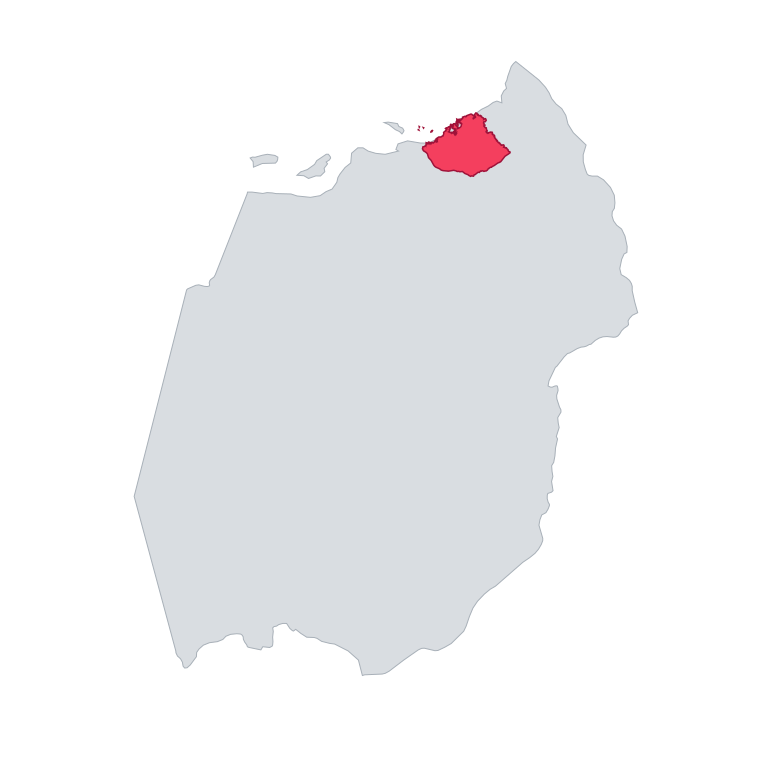 Kilwa, Lindi, United Republic of Tanzania (highlighted), rotated 256°
{"feature_id": "72390352B7880721655308", "entity_name": "Kilwa", "entity_type": "district", "adm_level": 2, "iso_a3": "TZA", "parent_name": "United Republic of Tanzania", "parent_adm1": "Lindi", "projection": "albers", "projection_center": [39.276, -9.089], "detail": "fine", "context": "in_parent", "style": "filled", "palette": "rose", "viewbox_px": 768, "rotation_deg": 256, "n_neighbors": 0, "source": "geoboundaries", "source_scale": "gbopen_adm2", "svg_char_len": 9698}
<svg xmlns="http://www.w3.org/2000/svg" viewBox="0 0 768 768"><g transform="rotate(256 384 384)"><path d="M288.7,539.1L280.5,535.0L273.0,532.5L266.9,529.7L264.2,526.9L258.5,525.9L253.5,525.5L248.9,523.0L239.6,522.2L238.5,520.4L238.2,516.5L236.6,515.5L233.2,514.6L229.5,514.7L227.3,515.4L226.0,515.1L222.9,512.9L220.0,510.0L218.8,505.4L214.5,502.4L209.5,500.2L195.8,500.7L193.6,500.1L190.3,497.8L186.4,494.0L183.2,489.6L180.4,483.6L177.4,475.5L160.9,443.3L159.1,437.2L155.8,430.4L150.6,422.2L145.1,416.1L137.7,410.6L129.3,405.2L124.8,401.5L115.9,386.4L113.9,379.3L112.4,371.9L112.9,368.9L117.9,359.2L118.4,356.5L117.7,352.9L114.8,345.3L111.3,336.2L104.1,319.5L103.0,315.3L103.0,312.1L106.5,294.9L106.4,292.5L122.3,292.4L133.7,284.6L143.6,273.2L145.5,268.5L149.4,261.2L153.4,257.5L154.9,255.0L157.0,247.8L162.2,242.9L167.3,239.0L166.2,236.4L166.9,235.4L169.7,233.5L175.2,231.6L176.2,227.8L176.0,223.6L175.1,221.2L175.2,218.5L174.3,217.0L170.7,216.7L165.3,214.7L160.8,213.9L157.7,212.8L156.6,211.9L156.0,209.3L158.4,202.8L155.8,200.2L161.1,189.2L162.1,187.9L164.1,187.7L167.3,186.4L170.3,185.8L172.7,186.2L174.5,185.7L176.0,184.5L177.3,180.8L178.2,174.6L177.5,169.6L175.1,165.8L174.3,160.0L175.2,152.1L174.3,145.5L171.6,140.4L168.9,137.3L164.8,136.0L158.3,128.1L156.3,124.3L156.6,121.9L158.8,120.8L162.8,121.1L166.6,120.1L170.0,117.8L173.5,117.1L175.3,117.4L335.4,114.4L523.0,215.2L523.8,216.4L525.3,225.3L525.0,228.3L522.2,233.4L521.3,236.1L521.3,237.9L522.0,238.7L524.5,238.9L526.5,240.1L527.3,241.1L528.9,244.9L530.9,246.8L601.6,297.2L603.2,298.0L602.2,302.2L598.2,312.5L598.0,316.8L596.4,321.9L594.9,325.2L590.9,339.7L587.5,345.1L582.9,357.8L582.2,367.6L584.7,374.4L585.7,380.8L591.1,387.0L595.4,389.2L598.4,392.1L603.5,398.6L606.5,405.2L615.8,408.4L619.5,415.8L618.2,420.8L613.8,425.0L609.8,431.8L606.6,440.7L606.5,454.4L608.7,452.3L613.6,455.7L614.2,465.7L609.1,477.4L607.6,482.9L607.3,487.6L611.0,501.6L616.6,508.7L616.1,511.0L614.7,512.9L624.2,525.5L623.4,536.5L626.9,545.0L628.5,552.4L630.8,558.1L631.2,562.0L628.3,566.4L635.2,567.5L639.3,571.0L641.2,574.4L646.2,574.3L648.9,576.6L652.7,578.6L661.3,584.3L663.6,587.2L665.0,589.9L641.4,607.9L632.8,612.5L626.7,614.6L620.2,615.8L614.0,618.7L608.2,623.1L600.7,625.4L591.6,625.4L582.0,628.5L567.0,637.9L558.2,632.7L551.3,631.1L543.4,631.3L538.6,631.9L536.9,633.1L535.4,636.2L534.1,641.4L529.0,646.4L519.9,651.3L511.5,653.1L503.9,651.9L498.7,650.0L496.0,647.2L492.0,645.9L486.7,646.2L481.7,648.2L476.9,652.0L469.2,653.6L458.6,653.2L452.9,651.5L452.1,648.4L447.5,644.8L439.0,640.7L432.7,640.6L428.7,644.7L425.1,647.3L421.8,648.3L418.8,648.5L414.5,647.4L402.9,647.1L391.8,647.4L390.6,641.6L388.3,638.1L386.2,636.1L382.4,635.6L381.3,634.0L380.0,630.4L378.1,627.3L375.6,624.8L374.0,622.5L373.5,620.3L373.9,617.9L376.1,611.9L376.8,607.9L376.5,603.7L375.2,599.5L372.5,594.4L372.7,592.9L371.8,589.5L371.7,587.1L372.1,584.0L371.6,580.0L369.2,571.6L369.2,569.4L366.7,565.3L359.2,555.7L358.8,554.4L347.1,544.8L342.4,542.7L340.8,544.6L340.2,546.3L340.7,549.4L340.5,551.0L340.0,551.7L337.2,551.6L335.5,551.3L331.1,548.7L327.7,548.1L319.2,548.7L316.2,549.4L313.9,548.9L309.3,544.4L304.0,543.6L299.3,543.4L291.4,538.5L288.7,539.1ZM617.0,372.8L620.9,383.6L620.4,385.6L617.7,386.8L616.2,386.9L614.6,385.2L613.4,381.6L611.3,382.5L607.8,378.1L604.3,377.9L601.2,372.7L602.4,368.2L601.7,360.5L605.5,356.6L607.6,350.0L610.0,354.5L610.6,361.5L613.9,369.8L617.0,372.8ZM635.7,308.8L636.0,311.3L635.2,313.7L635.4,321.4L635.1,326.4L632.2,333.4L629.8,335.9L627.7,335.2L626.0,334.1L624.6,332.1L627.4,319.3L626.0,309.8L631.4,310.8L635.7,308.8ZM627.7,464.0L625.0,464.7L624.0,464.0L622.3,461.9L625.2,460.1L628.0,456.6L634.5,451.5L637.6,447.4L637.1,451.4L633.4,460.1L630.3,460.7L627.7,464.0Z" fill="#d9dde1" stroke="#a8b0b8" stroke-width="1"/><path d="M604.4,478.5L604.4,478.8L604.2,478.9L602.9,478.2L602.6,478.4L601.4,478.5L600.5,478.9L600.0,479.5L598.3,481.0L596.8,481.8L592.8,482.0L589.6,483.8L584.3,485.2L582.9,485.9L581.9,486.7L579.2,490.2L578.6,490.5L577.7,491.3L576.8,492.8L574.9,498.1L574.5,503.3L573.4,505.4L572.5,506.4L572.2,508.1L571.6,508.9L571.2,511.5L568.7,513.4L566.8,516.1L565.8,516.8L564.5,518.3L564.8,519.1L564.0,521.1L564.2,521.4L565.2,522.1L565.1,523.0L566.7,526.5L566.2,527.7L567.3,529.2L566.9,530.1L567.2,530.8L566.9,531.2L566.7,531.8L566.2,532.2L566.1,532.5L566.2,533.3L566.0,534.8L566.6,536.2L567.3,536.8L567.6,537.4L567.6,537.9L568.2,538.4L568.5,540.2L568.3,540.8L568.8,541.5L569.3,543.8L570.9,547.9L571.1,550.1L571.5,550.5L571.5,551.1L575.7,556.5L577.1,560.5L577.9,562.3L579.0,562.3L579.4,561.3L580.1,561.0L580.7,561.0L581.1,560.8L581.5,561.0L582.5,560.1L582.9,560.2L583.2,559.8L583.7,559.8L583.9,559.3L583.7,558.8L584.0,558.5L584.7,558.3L584.8,557.5L585.4,558.0L585.7,557.9L586.3,558.2L586.5,558.0L587.0,558.0L587.2,557.6L587.0,557.3L587.3,556.8L587.3,556.4L587.1,556.0L587.3,555.5L587.7,555.3L588.1,555.4L588.7,554.7L589.4,554.8L589.7,554.2L590.4,554.1L590.4,553.7L590.6,553.7L590.8,553.2L592.4,552.8L592.6,552.1L592.9,552.1L593.0,552.6L593.6,552.2L594.1,552.3L594.3,551.6L595.2,551.4L595.6,551.5L595.8,551.1L596.2,550.8L597.0,551.1L597.5,550.8L597.8,551.4L598.3,551.3L599.0,551.0L599.2,550.3L599.7,550.1L599.6,549.9L600.1,549.5L600.5,549.6L600.6,549.9L600.9,550.0L602.1,549.9L602.3,549.5L602.1,549.1L602.6,548.5L602.4,548.2L602.7,547.8L602.4,546.4L602.6,546.1L602.3,545.8L602.6,545.6L602.3,545.3L602.6,545.1L602.9,544.5L603.5,544.2L604.3,544.2L604.3,545.0L604.9,545.4L605.3,545.0L606.5,545.2L607.2,545.0L607.8,545.2L608.0,544.5L608.3,544.2L608.6,544.3L609.0,543.8L610.2,543.3L610.5,543.7L610.5,544.3L610.8,544.2L611.0,544.4L611.3,543.9L611.8,543.8L612.5,544.1L613.1,543.7L614.2,544.2L614.0,545.7L615.1,547.0L616.4,546.9L616.9,546.7L617.0,546.4L616.7,545.7L616.9,545.2L616.7,544.7L617.6,545.0L618.4,544.5L618.6,543.9L619.0,543.8L619.3,543.4L620.0,543.4L620.1,542.9L620.8,543.0L621.3,542.4L621.0,542.2L621.3,541.7L621.3,541.1L621.8,540.6L622.5,540.6L622.4,540.3L622.7,540.0L622.6,539.8L623.0,539.7L623.1,540.0L624.1,539.7L624.8,538.7L623.4,536.9L622.1,536.9L621.5,537.4L620.6,537.3L620.3,536.3L620.9,536.1L619.7,535.0L619.9,534.7L620.4,534.8L620.5,535.3L621.2,536.0L622.2,536.3L623.4,535.0L624.4,534.5L624.9,533.7L624.4,529.2L623.8,528.8L623.5,528.1L623.9,527.9L624.2,527.5L623.9,524.9L623.2,525.0L622.8,524.0L622.5,523.7L622.3,523.9L622.1,523.7L622.1,524.0L622.1,523.5L621.2,522.0L621.0,521.1L620.3,520.5L619.6,520.2L619.2,521.1L618.3,521.0L618.4,521.5L618.8,521.7L617.7,522.4L615.2,521.0L614.5,519.9L614.1,518.3L614.0,517.0L614.7,517.2L614.8,517.5L615.3,517.9L615.8,517.5L616.9,517.4L616.7,516.9L617.6,516.3L618.6,516.2L619.0,516.5L619.1,516.3L619.7,515.0L619.7,514.5L618.8,514.2L619.2,513.2L619.0,512.9L618.5,512.7L618.1,513.3L617.5,513.5L616.1,512.8L615.8,512.5L615.4,512.5L615.4,512.9L614.6,513.5L614.7,513.9L614.3,514.0L614.4,514.7L614.1,515.0L614.0,514.0L613.8,514.1L613.6,513.9L612.9,514.1L612.5,515.0L611.8,514.6L612.3,513.7L611.7,513.5L612.2,512.9L612.1,512.4L611.8,512.4L611.9,512.7L611.8,512.9L611.4,512.6L611.1,512.9L610.8,512.9L610.9,513.4L610.6,513.5L610.8,514.0L610.6,514.1L610.8,514.3L610.5,514.4L610.4,514.9L610.5,515.2L610.1,515.0L610.2,514.8L610.0,514.6L609.6,514.8L609.6,514.5L609.3,514.4L609.7,514.2L609.3,514.2L609.6,513.7L609.3,513.5L609.6,513.5L609.7,513.1L609.4,513.0L609.6,513.2L608.9,513.7L608.8,513.4L608.5,513.3L608.7,512.9L609.2,512.9L610.9,512.2L610.9,511.2L611.3,511.2L611.8,510.5L611.2,510.0L611.8,509.8L611.9,509.2L612.5,508.4L612.4,509.2L612.6,508.8L613.3,508.3L613.4,508.6L613.8,508.9L615.0,508.9L615.0,509.6L615.8,509.6L616.4,510.7L616.7,510.5L616.6,510.8L617.0,510.8L617.2,511.6L617.5,511.9L617.3,512.3L617.7,512.7L618.0,511.9L618.6,512.1L619.8,511.7L619.5,511.2L618.3,510.7L617.9,510.2L617.7,509.7L617.9,509.7L617.9,508.6L617.2,507.8L617.1,507.1L617.3,507.1L617.5,506.5L617.0,506.5L616.9,505.6L615.8,506.4L615.2,505.2L614.7,505.3L614.6,505.1L614.4,504.0L613.7,502.7L612.5,502.6L610.4,501.3L610.5,500.6L610.1,500.0L609.9,498.8L610.4,496.8L609.6,494.6L609.3,495.1L609.2,495.0L608.5,493.4L607.9,493.1L607.7,493.2L607.8,492.8L607.7,492.8L607.6,492.5L606.8,493.6L607.1,494.2L606.8,494.0L606.6,494.4L606.3,494.4L606.4,493.8L606.1,493.7L606.1,493.3L606.5,493.1L607.0,492.0L606.9,491.7L606.6,491.5L606.4,491.0L606.7,489.6L606.6,489.2L606.4,489.3L606.5,489.1L606.3,489.1L606.2,488.2L605.9,487.9L606.2,487.9L606.3,487.7L606.5,487.9L606.5,488.2L606.9,488.1L606.8,487.2L607.5,486.7L607.8,486.1L607.1,486.2L607.5,486.4L607.3,486.7L607.3,486.4L607.0,486.3L606.5,487.2L606.3,486.8L606.0,486.9L606.4,485.7L606.6,485.7L606.7,486.1L607.2,486.0L607.5,486.1L607.6,485.7L607.2,485.4L607.3,485.8L607.0,486.0L606.8,485.3L606.6,485.3L606.5,485.6L606.3,485.2L606.6,484.9L607.3,485.1L607.3,484.6L607.9,483.4L607.2,483.5L607.3,483.7L607.1,484.0L607.4,484.1L606.9,484.8L606.7,484.8L606.6,483.8L605.9,483.0L606.0,482.9L605.7,482.9L605.3,482.4L605.5,482.3L605.8,482.7L605.6,482.2L605.2,482.1L605.4,482.0L605.3,481.7L604.7,481.0L604.6,480.5L604.7,479.2L604.4,478.5ZM620.5,517.5L619.7,517.2L619.8,517.4L619.5,517.6L620.2,518.4L619.6,518.5L619.8,519.3L620.4,519.4L620.4,519.0L620.9,518.1L621.3,518.0L621.7,518.5L622.0,519.4L621.2,518.6L621.2,519.1L620.9,519.2L621.4,519.5L621.1,519.6L622.0,520.2L622.1,520.9L622.4,521.3L622.6,521.5L622.7,519.8L622.9,519.7L623.0,519.0L623.3,518.7L622.3,518.6L620.7,517.3L620.5,517.5ZM618.2,492.4L618.4,492.2L618.3,491.7L617.5,490.6L617.1,490.5L617.2,491.5L618.2,492.4ZM618.6,518.3L618.3,517.9L618.1,518.0L617.9,518.2L618.1,518.5L617.9,518.6L618.4,518.7L618.6,518.3ZM622.0,479.2L622.5,479.1L622.6,478.8L622.4,478.7L622.0,479.2ZM624.9,480.7L625.3,480.4L625.0,480.3L624.9,480.5L624.7,480.5L624.9,480.7ZM623.0,484.5L623.2,484.2L622.8,484.3L623.0,484.5Z" fill="#f43f5e" stroke="#9f1239" stroke-width="1.5"/></g></svg>